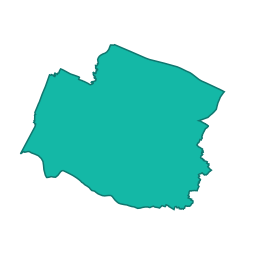 the district of Samraong, Takêv, Cambodia, rotated 110°
{"feature_id": "14789045B98729141665077", "entity_name": "Samraong", "entity_type": "district", "adm_level": 2, "iso_a3": "KHM", "parent_name": "Cambodia", "parent_adm1": "Takêv", "projection": "robinson", "projection_center": [104.774, 11.131], "detail": "fine", "context": "isolated", "style": "filled", "palette": "teal", "viewbox_px": 256, "rotation_deg": 110, "n_neighbors": 0, "source": "geoboundaries", "source_scale": "gbopen_adm2", "svg_char_len": 5745}
<svg xmlns="http://www.w3.org/2000/svg" viewBox="0 0 256 256"><g transform="rotate(110 128 128)"><path d="M54.3,169.1L55.1,169.9L55.5,171.4L56.0,172.8L58.2,172.9L60.7,172.9L63.6,173.8L65.4,175.0L67.0,176.9L69.1,178.7L70.6,179.5L72.4,179.9L74.1,179.9L77.3,178.1L78.1,178.6L78.5,178.2L79.0,178.3L79.5,178.5L80.1,178.7L80.1,179.2L80.3,179.9L80.8,179.7L81.0,179.2L81.5,179.2L82.1,179.1L82.6,179.0L83.0,178.7L82.8,178.2L82.9,177.6L83.2,177.2L83.2,176.7L83.7,176.5L84.2,177.1L84.3,177.6L84.8,177.5L85.1,177.0L86.0,177.1L86.4,177.4L86.9,177.2L87.3,176.9L87.9,177.0L88.1,177.6L87.9,178.2L87.6,178.8L87.5,179.4L88.0,179.7L88.4,179.4L88.8,179.0L89.4,179.0L90.5,178.1L90.4,177.6L90.6,177.0L90.9,176.6L91.2,176.2L91.6,176.4L92.0,177.0L92.5,176.8L92.8,176.1L92.5,175.7L92.5,175.1L93.0,174.7L93.4,174.8L94.1,174.6L94.6,174.6L95.0,175.1L95.5,175.5L95.8,175.9L96.1,176.4L96.5,177.1L97.1,178.0L97.7,178.1L97.7,177.6L97.5,177.1L97.4,176.5L97.6,176.0L98.2,176.1L98.7,176.4L98.9,177.0L99.3,177.0L99.7,177.4L99.9,177.9L100.3,178.3L100.1,179.4L99.9,180.4L99.7,181.2L99.7,181.7L99.6,182.4L99.4,184.3L99.3,184.9L99.3,185.6L99.3,186.5L99.2,187.2L99.1,187.7L99.3,188.2L99.2,189.0L99.2,189.7L99.2,190.3L99.2,191.0L97.0,191.0L96.8,191.7L96.8,196.5L96.9,200.5L95.8,207.9L95.6,209.4L95.5,211.5L96.5,211.7L97.4,211.8L98.1,211.9L99.1,211.9L99.9,211.8L100.5,212.7L101.2,212.7L101.7,212.7L101.6,213.4L101.6,213.9L101.4,215.4L102.1,215.5L102.6,215.5L103.2,215.6L103.2,214.8L103.4,214.2L103.8,214.3L104.7,214.4L104.6,215.2L104.5,215.7L104.3,216.4L104.1,216.9L104.0,217.7L104.0,218.3L104.6,218.3L104.9,218.7L104.9,219.3L104.9,219.9L115.3,219.8L117.5,219.8L121.3,220.0L126.0,220.2L134.2,220.2L135.6,220.4L138.3,220.5L145.2,220.8L146.6,220.0L146.9,219.6L147.3,220.1L148.2,220.1L148.6,219.7L151.5,218.8L152.0,218.6L152.5,218.4L153.3,218.7L153.4,218.1L154.0,218.2L155.0,218.5L155.1,217.8L155.5,217.3L156.0,216.9L155.8,216.3L156.3,216.1L157.0,216.1L157.8,215.9L158.8,215.9L189.1,220.2L187.7,219.2L186.5,218.4L185.7,217.8L186.1,216.9L185.6,215.9L184.6,214.5L183.9,212.8L184.4,210.2L184.4,206.8L184.7,202.7L186.4,198.9L188.6,196.4L192.0,194.6L196.0,192.7L200.5,189.6L202.3,187.6L201.9,186.5L200.7,184.5L200.0,183.8L199.6,181.3L199.0,179.2L196.5,177.7L192.2,176.4L190.8,175.5L190.2,174.3L190.6,170.1L191.1,166.0L191.5,163.3L192.4,159.3L193.3,156.3L194.0,154.4L194.8,153.0L195.1,151.5L196.1,149.1L196.6,146.4L197.3,143.9L198.4,142.2L199.1,140.6L198.9,139.2L198.8,137.7L199.4,136.1L200.1,133.6L200.2,131.8L200.3,129.0L199.8,126.8L198.9,125.0L198.1,123.3L197.3,121.1L197.7,119.4L199.0,117.4L200.2,115.5L201.2,113.1L201.8,111.2L201.8,109.1L201.3,105.6L200.7,102.7L200.7,100.2L200.5,97.5L200.0,95.1L200.1,93.9L200.2,91.4L199.0,89.0L197.8,87.4L196.6,85.3L196.3,84.7L195.4,82.3L195.4,80.7L195.0,79.9L194.0,79.0L192.8,77.3L193.1,75.7L192.5,72.6L192.4,71.0L189.3,69.5L189.3,67.6L189.2,66.4L189.0,66.0L187.1,65.9L187.3,63.1L187.8,62.8L187.9,62.0L188.9,56.9L186.4,57.0L185.7,56.5L185.3,55.9L185.6,55.4L186.3,54.6L185.6,53.6L185.1,53.2L185.3,52.7L186.3,52.1L185.9,51.5L186.0,50.9L186.1,50.4L185.3,49.9L185.2,49.3L185.3,48.3L184.8,48.3L184.3,47.9L184.0,47.4L183.6,47.4L183.0,47.6L182.5,47.6L181.5,47.2L181.2,45.3L180.8,44.5L180.6,44.0L180.5,43.5L179.7,42.8L179.2,42.6L177.3,42.3L176.9,41.8L176.5,41.5L175.8,41.5L175.3,41.7L174.8,41.8L174.1,42.3L174.2,43.0L174.2,44.1L173.7,44.1L173.2,44.0L173.2,45.4L173.2,46.2L173.2,47.5L172.6,47.5L172.0,47.1L171.5,47.0L171.1,47.3L171.1,47.9L171.0,48.4L170.1,48.3L169.5,48.3L168.5,48.3L168.0,48.5L167.5,48.7L167.0,48.7L166.4,48.4L165.9,48.4L165.6,47.8L165.5,46.9L165.1,46.6L164.5,45.2L164.3,44.8L164.1,44.3L163.8,43.8L163.8,43.1L163.4,42.1L163.2,41.5L162.6,41.7L162.1,41.6L161.4,41.6L160.9,41.7L160.4,41.5L159.9,41.5L158.6,41.3L158.3,41.9L158.0,42.4L157.5,42.7L156.8,42.9L156.3,42.8L155.7,42.5L155.2,42.4L154.7,42.4L154.6,43.0L154.1,42.6L153.6,42.8L153.1,42.7L152.7,42.2L152.3,42.4L151.7,42.3L151.5,42.8L151.1,43.2L150.9,43.7L150.9,44.2L150.2,45.0L149.7,44.8L149.3,44.5L148.8,44.3L148.5,44.8L148.3,45.3L147.8,45.8L147.2,45.4L146.8,45.2L146.4,44.7L146.2,44.1L145.8,43.7L145.3,43.5L144.8,43.0L145.3,41.9L145.6,41.3L145.7,40.8L146.0,40.2L145.4,39.9L145.5,39.1L145.3,38.4L144.4,38.1L144.1,37.6L143.0,37.3L142.5,37.1L141.0,36.5L140.6,36.1L139.6,35.5L139.1,35.2L138.9,35.9L138.5,37.1L138.2,37.8L137.8,38.3L137.5,38.8L137.3,39.6L136.9,39.9L136.2,39.5L135.7,39.2L134.9,39.3L134.7,40.0L134.1,40.0L134.4,40.6L134.2,41.4L134.1,41.9L133.7,41.7L133.2,41.9L132.7,41.9L132.6,42.5L132.6,43.1L132.7,44.0L132.7,45.9L131.9,45.9L131.9,47.1L131.3,47.4L131.2,48.2L131.5,48.6L131.2,49.3L130.9,49.7L130.1,49.7L129.3,49.9L128.9,49.6L128.4,49.4L128.1,49.0L127.2,48.8L126.9,49.3L126.9,50.0L126.4,50.3L125.6,50.3L125.3,49.5L125.0,49.0L124.4,49.4L124.3,50.1L123.8,49.9L123.7,50.5L123.1,50.5L122.8,51.0L122.3,50.9L122.1,51.4L122.0,52.9L121.7,53.6L121.6,54.1L121.6,54.8L121.5,55.4L121.2,55.9L120.9,56.5L120.4,57.5L119.8,57.4L119.3,57.3L118.3,57.0L117.7,57.0L117.4,56.5L116.1,56.3L115.6,56.3L115.0,56.4L114.2,56.4L114.2,55.7L114.2,55.2L113.7,55.3L112.7,54.9L112.2,54.8L111.6,55.1L111.4,55.6L110.8,55.7L110.2,55.6L109.7,55.5L109.3,55.9L108.7,55.8L108.1,55.7L107.2,55.6L105.9,55.5L105.3,55.4L104.8,55.3L103.5,55.2L103.1,55.1L102.2,55.0L101.6,54.6L100.8,53.9L100.0,53.6L99.4,53.3L99.0,53.1L98.5,53.3L98.4,54.1L98.1,54.5L98.0,55.3L97.9,56.2L97.5,56.6L97.6,57.2L97.5,57.8L97.4,58.5L97.3,59.5L97.1,60.2L97.0,61.3L96.8,62.4L96.9,63.9L90.7,56.5L87.7,55.0L85.6,53.7L83.3,52.6L80.2,51.4L77.1,51.8L73.5,52.1L70.1,51.9L67.4,51.8L64.7,51.1L62.2,50.4L61.0,49.9L60.6,52.6L59.8,61.1L59.0,70.0L58.7,74.8L58.2,77.7L55.4,86.3L54.8,88.9L54.6,92.4L53.9,98.7L53.7,102.7L54.7,115.7L55.9,127.4L56.3,131.1L56.3,135.2L55.8,143.1L55.3,151.2L54.7,162.1L54.3,169.1Z" fill="#14b8a6" stroke="#0f766e" stroke-width="1.5"/></g></svg>